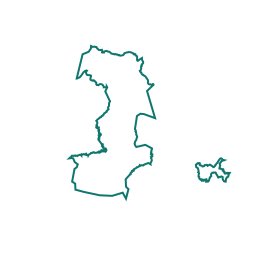 Santiago Choápam, Oaxaca, Mexico (Robinson projection), rotated 65°
{"feature_id": "50627088B5221153952637", "entity_name": "Santiago Choápam", "entity_type": "district", "adm_level": 2, "iso_a3": "MEX", "parent_name": "Mexico", "parent_adm1": "Oaxaca", "projection": "robinson", "projection_center": [-95.863, 17.388], "detail": "fine", "context": "isolated", "style": "outline", "palette": "teal", "viewbox_px": 256, "rotation_deg": 65, "n_neighbors": 0, "source": "geoboundaries", "source_scale": "gbopen_adm2", "svg_char_len": 5808}
<svg xmlns="http://www.w3.org/2000/svg" viewBox="0 0 256 256"><g transform="rotate(65 128 128)"><path d="M42.0,138.0L61.5,153.6L61.7,153.1L61.5,151.8L61.7,150.6L61.0,148.7L58.7,144.8L58.2,143.2L58.3,141.4L58.7,141.0L59.6,142.6L60.8,142.8L62.3,142.8L62.7,142.6L64.5,139.6L65.1,139.4L67.7,141.5L68.6,141.5L69.8,140.6L70.3,139.7L70.0,139.5L70.1,139.2L70.9,138.4L71.9,138.3L73.3,137.6L75.2,138.3L75.8,138.1L75.9,137.7L76.7,136.8L76.3,135.2L76.8,134.0L77.9,132.8L80.6,132.5L80.9,132.7L81.4,131.6L81.9,130.0L81.3,129.7L82.3,129.6L85.2,133.1L94.9,133.1L96.0,132.9L96.5,133.3L97.1,134.4L99.9,135.9L101.0,137.4L101.8,137.7L102.8,137.7L103.6,140.2L104.3,140.4L104.4,141.8L104.8,143.0L104.7,143.1L104.8,143.7L105.7,144.6L105.8,145.4L106.1,145.8L105.9,146.0L106.0,146.8L106.8,147.8L106.5,148.7L106.7,149.0L106.7,149.5L107.0,149.9L107.4,152.0L108.1,153.7L109.3,153.3L110.8,153.8L111.8,155.1L112.3,155.5L113.0,155.0L113.7,155.3L114.3,155.1L113.9,155.9L113.9,156.5L114.4,156.5L115.1,155.9L115.4,154.4L116.7,155.3L117.1,154.9L117.5,154.9L117.8,155.1L117.7,155.8L118.4,156.1L119.0,155.8L120.0,156.3L120.4,155.8L120.6,155.8L120.9,156.7L121.6,156.6L122.1,155.3L122.7,155.4L122.8,155.7L122.4,156.1L122.2,156.8L122.3,157.7L123.5,157.9L123.8,157.4L124.0,157.7L124.9,158.2L124.5,158.6L125.3,159.5L126.4,159.7L126.9,159.2L127.5,159.5L129.8,158.9L130.8,158.9L131.6,158.2L131.6,158.6L132.1,158.7L132.8,158.3L133.4,159.2L134.0,159.0L134.2,158.3L134.5,158.2L134.7,158.4L134.7,159.0L135.2,159.1L136.4,158.2L137.2,158.6L137.4,158.3L137.0,157.1L137.2,156.9L138.0,157.0L138.5,156.7L138.7,156.1L138.8,157.0L139.5,157.4L139.9,158.1L140.0,158.5L139.3,158.9L138.8,160.4L138.1,160.3L137.4,160.5L136.9,161.2L136.9,161.5L137.6,161.7L138.2,162.4L138.3,163.4L137.7,163.1L137.4,163.1L137.3,163.9L137.0,164.3L137.1,165.0L137.7,165.2L137.7,165.4L137.2,165.5L137.0,167.6L136.4,168.4L136.3,168.9L135.5,169.2L135.2,170.0L135.5,170.8L135.4,171.7L135.0,172.0L135.5,173.3L135.5,174.8L136.1,175.6L135.7,175.5L135.1,177.0L134.8,177.1L133.6,176.7L133.5,176.9L134.0,178.2L133.1,178.9L132.9,179.3L133.0,180.2L132.2,180.9L132.1,181.4L132.2,181.7L133.1,182.0L132.3,182.3L131.9,183.1L131.7,185.0L132.0,185.6L131.5,185.9L131.2,187.2L130.6,187.4L130.4,188.9L129.9,189.5L129.4,190.7L129.9,191.3L130.3,192.0L130.2,192.6L130.7,194.0L131.4,191.6L132.4,190.5L136.4,190.7L139.7,188.9L141.9,191.0L142.5,193.8L153.0,201.3L156.1,199.4L161.7,201.7L167.5,194.7L177.0,182.1L182.8,171.0L184.4,160.1L191.2,159.7L183.6,153.4L180.9,154.5L180.2,154.5L173.5,151.8L171.1,146.2L171.1,145.3L170.6,145.3L170.3,144.6L169.7,144.4L169.5,142.8L169.2,142.5L168.5,142.4L168.4,141.9L169.1,141.2L169.1,140.7L168.4,140.6L167.8,139.8L167.8,137.8L167.3,136.6L167.6,136.0L167.5,134.4L166.6,133.0L167.5,132.6L167.4,131.6L168.4,130.0L168.4,129.7L168.0,129.3L168.3,124.6L168.6,124.1L170.4,122.9L169.5,122.6L167.6,120.2L166.9,120.1L166.2,119.7L165.3,119.8L165.2,119.3L165.4,118.9L164.7,119.4L164.1,119.4L164.2,119.0L163.8,118.7L163.9,118.0L163.2,117.8L162.7,117.4L162.5,118.1L162.2,118.0L161.7,118.2L161.5,117.5L160.9,117.9L160.7,117.7L160.2,117.6L159.8,117.0L159.5,117.2L158.0,116.1L157.7,115.5L156.6,114.9L150.6,119.4L148.7,128.5L146.4,128.9L144.7,128.5L144.4,128.1L143.2,127.2L142.3,125.5L140.8,124.4L140.2,123.6L139.6,123.3L137.4,123.3L135.8,122.6L134.3,122.7L134.2,122.2L133.1,122.0L132.0,122.2L120.9,114.8L120.3,110.8L122.2,107.6L130.5,99.3L102.5,95.1L99.6,86.6L98.9,86.6L98.7,86.9L99.0,87.6L98.7,88.5L97.9,89.2L97.6,90.1L96.9,90.7L96.3,90.9L95.4,90.8L94.6,90.2L92.8,89.7L88.4,90.5L87.1,91.5L86.3,91.6L86.1,92.2L84.9,92.7L84.5,92.8L83.8,92.5L83.0,92.9L82.4,92.8L82.0,93.2L81.2,93.1L81.1,92.2L80.4,91.5L79.2,90.7L78.2,90.4L78.0,89.9L77.5,89.8L77.4,89.1L76.6,89.0L76.1,88.5L76.0,87.6L75.6,86.9L74.4,86.3L72.2,86.5L70.5,85.8L70.9,89.1L71.3,90.3L71.3,90.7L70.8,91.0L70.3,91.1L67.3,89.6L66.5,89.6L65.6,90.4L64.2,90.1L63.9,90.4L63.9,91.3L63.6,91.7L62.8,91.5L60.5,93.5L59.5,95.3L59.0,97.4L58.7,99.6L59.4,100.5L59.9,101.6L59.4,103.9L59.0,104.7L58.3,104.9L57.9,105.5L57.9,106.1L57.3,106.3L56.6,106.9L56.5,107.4L55.7,108.1L55.8,108.8L54.8,109.7L54.0,111.1L53.3,111.7L51.1,112.6L50.1,114.1L49.1,114.8L48.6,117.1L49.4,118.0L49.0,118.3L48.9,119.1L48.5,119.6L47.4,118.8L46.1,118.6L45.6,120.4L45.0,121.4L42.4,122.4L41.3,122.4L40.9,123.2L40.2,123.7L39.6,125.7L38.1,126.8L40.3,128.1L42.3,131.4L42.0,138.0ZM211.7,54.8L210.4,57.5L210.7,58.6L210.2,59.0L210.1,59.5L209.4,59.6L208.8,59.1L208.1,59.5L207.9,59.8L207.4,59.9L207.2,59.6L206.9,59.9L206.6,59.5L205.9,59.2L205.8,59.5L205.5,59.5L205.5,60.2L204.6,60.5L203.4,62.3L203.0,62.2L202.7,61.5L201.7,61.1L201.0,60.3L199.5,60.2L198.7,59.9L198.6,58.8L197.7,57.7L197.4,56.9L197.6,56.1L197.3,55.9L197.9,54.6L197.9,54.3L197.0,55.5L195.5,55.9L194.7,56.6L194.7,57.1L195.0,58.2L197.5,62.2L197.7,63.0L198.4,63.8L198.5,64.6L199.2,65.2L199.5,66.8L200.4,67.3L199.7,67.1L199.4,67.2L197.9,67.9L197.0,68.6L196.4,68.7L195.8,69.3L195.9,71.9L195.0,71.9L194.5,72.4L194.5,73.1L194.0,74.3L194.7,75.1L194.4,76.7L193.1,77.3L192.2,78.5L191.6,78.7L190.7,77.9L190.1,77.9L189.3,79.8L189.7,80.3L189.7,80.8L190.0,82.0L192.2,82.7L194.1,81.6L195.9,82.0L197.3,82.4L197.8,83.1L198.4,82.7L199.4,82.9L200.3,83.8L201.9,84.6L202.4,84.2L202.7,84.4L203.3,84.4L203.9,84.7L204.9,84.4L205.9,83.7L207.0,83.4L207.0,82.9L205.9,82.7L206.4,82.1L207.6,82.0L207.8,81.7L207.1,81.3L207.0,80.9L207.5,80.1L207.6,78.6L208.5,78.7L209.1,79.6L209.7,79.9L210.4,78.0L210.2,77.4L208.1,75.2L207.5,74.9L206.7,72.8L205.6,72.6L204.7,71.9L204.1,70.5L204.6,69.9L204.5,69.2L204.9,68.7L205.2,67.6L205.6,67.4L206.9,67.5L209.1,67.1L209.5,67.2L211.0,67.2L211.2,66.7L211.0,66.1L211.4,64.7L211.3,64.0L211.6,63.5L212.5,62.9L214.3,63.8L215.9,63.7L216.5,63.4L216.9,63.5L217.2,63.3L217.9,62.1L215.7,60.8L214.9,59.8L214.5,59.1L214.7,58.6L214.4,57.8L213.5,56.9L212.4,56.7L212.2,55.5L211.7,54.8Z" fill="none" stroke="#0f766e" stroke-width="2"/></g></svg>